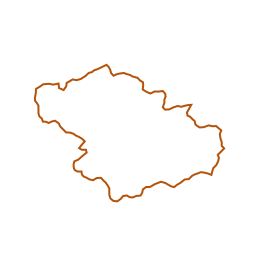 outline of Manhumirim, Minas Gerais, Brazil, rotated 228°
{"feature_id": "56859067B26961543246677", "entity_name": "Manhumirim", "entity_type": "district", "adm_level": 2, "iso_a3": "BRA", "parent_name": "Brazil", "parent_adm1": "Minas Gerais", "projection": "equal_earth", "projection_center": [-41.937, -20.349], "detail": "fine", "context": "isolated", "style": "outline", "palette": "amber", "viewbox_px": 256, "rotation_deg": 228, "n_neighbors": 0, "source": "geoboundaries", "source_scale": "gbopen_adm2", "svg_char_len": 2029}
<svg xmlns="http://www.w3.org/2000/svg" viewBox="0 0 256 256"><g transform="rotate(228 128 128)"><path d="M63.8,195.7L67.1,195.2L70.5,194.8L72.6,192.1L75.9,189.8L78.0,184.8L80.4,181.7L82.8,180.9L85.5,180.5L88.6,182.2L91.7,181.8L94.8,181.7L97.3,180.5L100.1,182.2L101.5,186.5L102.9,190.5L104.7,188.2L106.3,185.5L108.1,181.8L111.1,179.7L113.2,174.9L114.2,171.1L116.9,167.8L120.2,167.8L122.3,171.8L124.9,174.2L126.2,177.0L128.6,178.6L132.2,178.6L134.6,175.1L137.4,172.1L138.6,167.8L140.9,166.6L143.2,165.7L146.8,164.7L149.8,168.1L152.0,169.7L155.5,168.7L158.8,168.7L161.2,167.2L163.4,165.8L166.2,164.9L168.7,163.3L171.7,161.7L174.0,158.3L175.5,155.6L176.6,152.2L180.0,152.2L183.2,153.7L186.5,154.5L189.3,154.3L190.6,150.0L192.0,145.0L193.5,141.6L193.7,138.5L195.2,135.7L195.1,131.2L196.0,125.8L198.0,121.7L201.1,119.4L202.5,112.5L200.3,110.0L199.3,105.5L203.8,103.5L207.5,106.1L210.4,101.3L213.6,99.0L217.2,94.3L217.7,90.2L218.6,85.9L215.3,82.4L212.6,78.9L210.5,77.2L207.9,77.0L204.7,76.5L201.3,73.5L198.6,71.1L195.7,69.9L192.7,70.3L189.8,69.0L187.4,71.3L184.9,72.3L183.9,75.5L182.4,78.5L179.9,79.2L177.4,79.6L174.8,78.7L172.4,78.7L169.3,78.9L166.2,79.0L163.3,81.9L160.2,83.6L157.3,84.2L154.4,85.5L150.6,86.7L147.0,86.9L146.4,82.0L145.8,78.2L142.7,79.1L140.0,82.2L137.4,80.8L137.7,75.1L137.7,70.1L139.1,65.7L137.1,62.9L134.7,61.1L132.4,60.3L129.4,61.4L126.8,64.3L124.2,62.6L121.6,62.6L118.9,63.9L115.7,64.9L112.6,67.1L111.7,71.4L109.0,74.6L105.1,74.6L102.3,74.9L99.3,74.5L95.6,73.7L93.6,71.8L90.8,69.4L87.5,67.8L83.7,68.3L80.7,70.9L80.2,74.9L80.7,79.0L78.6,82.0L75.6,82.9L73.3,84.9L71.9,88.8L69.4,92.1L70.3,95.1L72.4,98.0L72.0,102.1L69.5,104.7L68.3,110.4L66.0,116.5L62.1,119.0L58.8,120.0L55.7,121.1L53.2,122.7L53.0,126.4L52.2,129.8L51.8,135.7L49.3,139.1L49.6,143.3L48.9,146.4L47.7,149.1L46.5,152.5L44.1,154.6L40.8,156.9L37.4,158.6L39.5,161.8L41.1,164.5L41.4,169.0L42.9,172.6L45.0,175.6L48.0,176.8L48.2,181.3L48.5,185.8L52.1,185.7L54.6,188.1L58.3,189.7L62.1,192.2L63.8,195.7Z" fill="none" stroke="#b45309" stroke-width="2"/></g></svg>